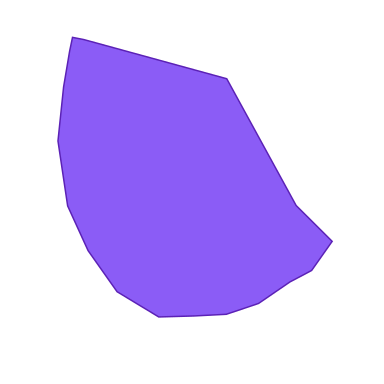 outline of Namoya, Maniema, Democratic Republic of the Congo, rotated 11°
{"feature_id": "63176286B36790783393673", "entity_name": "Namoya", "entity_type": "district", "adm_level": 2, "iso_a3": "COD", "parent_name": "Democratic Republic of the Congo", "parent_adm1": "Maniema", "projection": "equal_earth", "projection_center": [27.577, -4.011], "detail": "fine", "context": "isolated", "style": "filled", "palette": "violet", "viewbox_px": 384, "rotation_deg": 11, "n_neighbors": 0, "source": "geoboundaries", "source_scale": "gbopen_adm2", "svg_char_len": 376}
<svg xmlns="http://www.w3.org/2000/svg" viewBox="0 0 384 384"><g transform="rotate(11 192 192)"><path d="M339.0,213.7L296.8,185.4L204.5,74.2L56.5,63.0L45.2,63.0L45.0,77.2L45.9,113.3L50.7,167.5L72.6,229.4L101.2,269.4L137.5,304.2L183.2,321.0L217.6,313.3L249.0,305.5L278.6,288.7L305.3,261.6L324.4,246.2L339.0,213.7Z" fill="#8b5cf6" stroke="#5b21b6" stroke-width="1.5"/></g></svg>